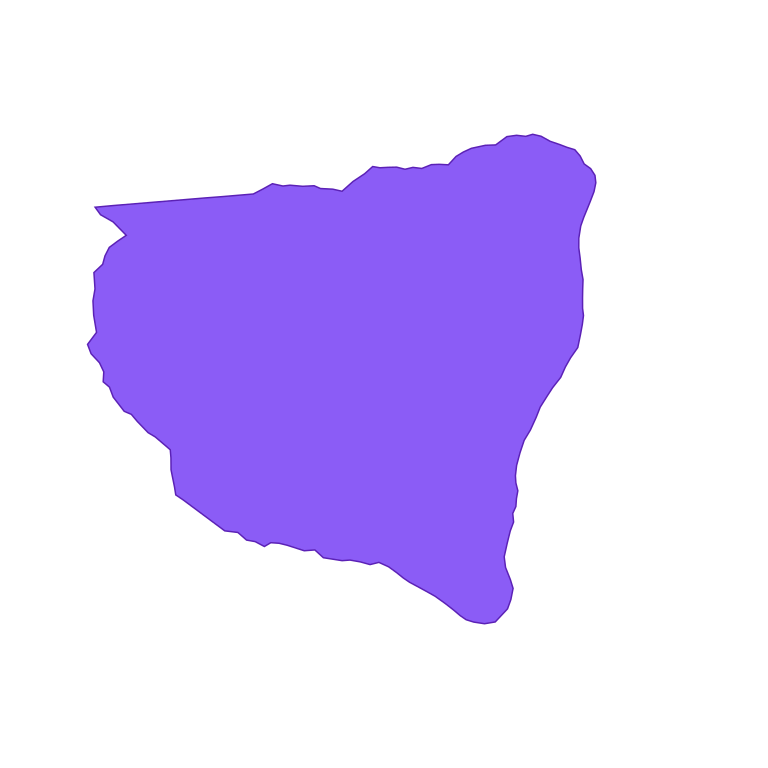 outline of Maragogi, Alagoas, Brazil, rotated 341°
{"feature_id": "56859067B32459964326416", "entity_name": "Maragogi", "entity_type": "district", "adm_level": 2, "iso_a3": "BRA", "parent_name": "Brazil", "parent_adm1": "Alagoas", "projection": "albers", "projection_center": [-35.259, -8.967], "detail": "fine", "context": "isolated", "style": "filled", "palette": "violet", "viewbox_px": 768, "rotation_deg": 341, "n_neighbors": 0, "source": "geoboundaries", "source_scale": "gbopen_adm2", "svg_char_len": 1971}
<svg xmlns="http://www.w3.org/2000/svg" viewBox="0 0 768 768"><g transform="rotate(341 384 384)"><path d="M168.4,122.8L171.1,131.7L180.6,142.5L188.7,159.5L178.7,162.2L168.7,165.4L161.9,172.0L157.0,179.2L146.0,184.2L141.7,200.0L135.9,210.6L131.9,224.4L129.0,241.6L116.6,250.0L116.9,260.0L121.9,271.3L123.0,281.3L119.2,290.5L123.4,297.6L123.7,308.3L129.5,325.3L135.2,330.4L138.6,339.2L145.1,353.2L150.5,359.6L160.5,376.6L158.5,384.5L154.7,395.8L152.4,413.1L151.0,421.1L156.3,428.1L185.6,471.0L197.5,476.8L203.2,486.8L210.9,491.1L218.0,498.7L225.3,497.2L232.9,500.4L239.9,504.9L254.3,515.7L264.6,518.4L270.1,528.5L286.9,537.4L294.5,539.4L303.7,544.5L312.0,550.2L321.1,551.0L328.8,558.3L334.2,566.0L339.1,573.7L343.7,579.9L349.1,585.7L355.5,592.7L363.2,601.3L370.5,611.6L376.1,620.2L380.7,627.9L384.9,633.6L391.3,638.3L401.0,643.4L411.7,645.2L421.2,640.2L427.6,636.8L433.8,629.1L439.5,619.3L439.8,610.1L439.2,597.0L441.4,586.5L448.7,574.6L455.5,564.1L461.6,556.7L463.6,548.3L468.8,542.8L471.9,535.5L475.8,528.5L476.5,520.4L478.4,513.5L482.9,504.1L490.2,493.3L498.2,482.9L507.4,475.2L517.0,465.1L524.2,456.7L534.9,448.1L542.2,442.4L553.2,435.3L561.1,426.9L568.9,420.0L579.1,412.6L585.7,401.5L591.0,392.1L594.9,384.2L596.4,377.1L599.8,367.1L602.9,358.6L606.2,350.0L607.8,340.0L610.5,328.5L612.5,318.7L615.7,309.5L621.5,298.6L627.2,291.4L633.0,284.8L638.4,278.6L645.2,270.5L649.8,262.7L651.4,255.4L649.5,247.6L644.9,241.1L643.7,232.3L640.7,224.6L634.2,219.9L628.1,214.8L620.1,208.6L613.2,200.9L605.9,196.3L598.7,196.0L590.3,192.0L580.7,190.1L567.4,194.3L557.5,191.3L543.3,189.6L534.5,190.5L526.2,192.3L516.2,197.7L507.8,194.3L500.2,192.0L489.9,192.5L481.9,188.6L473.8,187.8L466.6,183.1L458.2,180.4L450.5,178.2L444.1,174.7L434.1,178.9L420.7,182.4L407.1,188.1L399.0,183.1L387.6,178.5L382.5,173.8L371.5,170.6L359.8,165.4L352.9,163.9L343.7,158.3L333.0,160.2L322.3,161.8L291.8,154.1L275.7,149.9L186.0,127.1L168.4,122.8Z" fill="#8b5cf6" stroke="#5b21b6" stroke-width="1.5"/></g></svg>